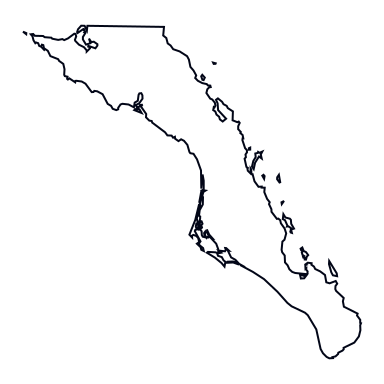 Baja California Sur, Albers equal-area conic projection
{"feature_id": "MEX-2707", "entity_name": "Baja California Sur", "entity_type": "State", "adm_level": 1, "iso_a3": "MEX", "parent_name": "Mexico", "parent_adm1": "", "projection": "albers", "projection_center": [-111.883, 25.437], "detail": "fine", "context": "isolated", "style": "outline", "palette": "ink", "viewbox_px": 384, "rotation_deg": 0, "n_neighbors": 0, "source": "natural_earth", "source_scale": "10m", "svg_char_len": 5930}
<svg xmlns="http://www.w3.org/2000/svg" viewBox="0 0 384 384"><path d="M87.4,25.8L164.0,26.9L163.2,35.5L166.3,38.0L167.7,43.4L170.6,45.5L173.2,49.2L179.6,51.4L187.1,56.2L188.9,59.6L190.4,66.9L193.5,70.5L196.2,75.4L195.2,78.0L197.9,80.8L202.3,83.1L206.8,84.1L207.8,85.4L210.3,85.6L210.7,87.1L209.2,87.3L207.3,89.3L206.4,93.0L210.2,98.6L212.3,99.5L214.9,102.8L215.4,105.7L214.5,107.4L213.8,107.0L213.2,110.1L215.3,111.5L216.5,114.6L219.1,116.7L219.9,119.4L222.7,121.5L226.1,118.7L218.1,110.1L217.6,103.3L216.0,99.8L217.9,98.4L222.1,101.8L223.5,104.2L226.7,105.9L227.8,108.1L232.9,111.4L232.6,120.3L237.4,122.2L238.7,121.6L239.7,122.9L238.2,126.2L238.2,129.2L240.8,132.0L240.3,133.0L242.6,135.0L243.3,138.4L242.6,138.4L242.4,140.1L245.1,148.2L246.8,150.0L247.0,152.3L245.5,154.5L245.9,157.2L244.6,158.7L246.4,166.9L248.6,168.5L247.3,168.0L247.8,170.7L251.4,174.3L252.6,174.2L254.5,181.3L258.5,186.8L261.7,186.6L261.6,187.6L264.7,187.7L264.3,192.1L267.1,198.9L269.7,202.2L269.0,204.1L271.4,209.2L271.5,211.8L276.9,218.9L278.3,218.6L280.2,220.2L280.9,223.3L284.6,228.5L286.2,233.4L284.5,239.7L282.4,241.6L281.6,249.8L282.2,252.3L284.7,255.5L285.0,262.4L287.6,265.3L289.4,269.3L292.2,271.9L295.2,273.0L306.2,274.1L303.6,275.8L299.9,274.3L300.9,278.5L304.2,278.3L307.4,274.1L307.6,271.4L306.2,269.6L306.3,268.3L305.5,268.9L305.3,265.1L306.4,264.7L305.7,264.2L307.8,262.7L311.6,263.2L311.4,264.7L314.0,266.6L315.2,269.0L320.2,271.4L325.0,275.0L326.3,282.3L329.6,283.3L335.7,281.0L337.2,283.7L335.5,286.0L335.3,289.1L336.1,290.9L343.7,298.0L342.9,301.3L343.9,306.7L357.6,313.6L357.0,315.5L360.2,319.8L360.2,322.9L361.0,323.2L360.2,325.2L360.4,330.2L358.9,336.4L354.3,342.6L343.6,347.8L343.7,349.3L342.5,350.6L338.3,352.7L338.1,354.0L335.5,356.4L332.5,357.1L332.9,358.1L329.3,358.3L326.6,356.9L323.0,353.3L320.6,349.0L316.3,329.4L307.8,315.2L305.0,312.7L291.6,306.3L287.4,302.9L277.4,291.7L264.0,279.1L252.9,271.9L240.1,265.0L245.1,267.2L239.1,263.8L235.4,259.8L231.1,257.4L227.7,250.3L228.8,250.5L226.2,248.1L225.2,248.0L225.8,250.0L225.0,251.3L218.9,250.6L221.3,252.7L218.3,253.3L218.2,249.1L216.2,243.7L210.7,237.8L212.5,238.3L209.2,234.6L206.8,229.4L208.0,234.4L209.3,235.6L208.0,236.5L209.3,237.8L207.6,236.9L206.6,238.1L205.8,237.1L204.8,233.8L205.6,232.9L205.2,231.6L204.1,233.1L204.8,237.2L202.7,236.7L201.8,235.0L201.6,231.2L200.0,229.4L202.0,227.6L201.2,225.1L202.5,223.8L201.6,221.3L200.8,221.1L199.3,224.7L200.1,227.1L198.8,229.4L197.9,228.2L198.3,225.7L197.6,224.2L199.0,223.2L200.1,218.8L200.2,216.5L199.0,215.7L199.7,210.1L202.8,204.5L203.0,197.1L202.3,195.9L203.2,192.6L202.5,192.5L205.5,190.6L202.4,190.1L203.7,189.2L203.7,180.7L202.6,174.5L201.3,188.6L201.0,170.4L197.0,159.3L193.5,153.8L190.3,153.2L189.4,151.9L187.4,144.9L184.0,140.8L181.1,139.3L178.5,141.1L175.1,138.7L174.9,136.8L173.1,137.7L171.6,135.6L167.4,135.4L165.1,132.3L152.2,122.6L151.7,121.0L149.3,120.6L146.0,117.3L146.2,114.0L141.3,107.0L141.5,105.5L142.7,104.7L140.1,105.0L139.7,106.5L138.3,106.8L138.4,107.9L137.1,107.8L135.8,105.1L139.2,103.3L142.5,98.7L142.4,95.3L141.3,93.2L139.4,93.4L138.6,94.8L137.8,100.8L134.7,102.6L133.9,107.3L128.6,104.5L122.4,103.8L120.5,104.5L118.2,107.8L118.2,109.3L116.3,110.1L112.7,108.8L111.1,105.9L107.7,103.9L102.6,94.2L97.2,91.3L94.3,90.9L93.5,92.0L91.7,92.1L85.5,83.7L81.7,81.5L76.4,80.8L75.4,80.9L75.2,82.3L69.4,78.4L67.9,79.5L67.1,78.8L67.5,76.7L64.8,76.1L64.2,74.8L64.5,69.2L63.3,63.9L59.1,60.9L58.2,59.2L50.4,56.1L47.8,50.8L45.0,48.9L44.2,49.9L42.4,48.0L44.0,48.3L43.3,45.1L41.9,44.7L41.1,46.7L39.2,45.9L38.2,43.2L36.1,42.5L35.3,43.2L33.5,40.3L32.5,36.3L30.8,34.3L33.2,34.0L34.8,35.8L43.1,36.0L44.7,37.2L51.4,37.7L52.2,38.7L58.2,39.9L62.4,39.1L64.2,40.1L68.0,38.4L74.3,33.7L75.5,33.9L76.2,36.4L74.9,39.9L75.3,40.9L79.0,44.7L84.0,47.2L86.7,50.4L86.7,51.6L90.0,48.3L90.2,47.4L88.2,46.6L88.4,45.9L95.4,48.3L97.4,45.6L97.4,44.2L93.8,41.7L91.3,42.1L89.0,38.6L90.4,43.2L86.0,44.6L82.9,39.4L82.9,37.0L85.4,33.0L84.3,32.4L85.2,31.5L83.9,30.3L84.2,29.3L83.4,29.0L77.6,33.0L77.1,32.1L78.0,29.3L81.2,25.7L84.6,25.8L86.9,30.5L87.4,25.8ZM199.3,245.0L203.1,248.1L203.8,251.0L201.3,249.8L200.6,247.2L196.9,243.7L199.2,242.0L198.1,237.9L196.2,235.9L193.3,234.9L192.0,235.7L192.1,237.5L189.4,234.7L195.2,220.1L199.0,204.7L200.0,204.0L200.3,207.0L196.8,218.3L197.8,222.9L196.3,223.7L195.8,226.7L196.9,229.5L195.3,229.9L194.8,231.1L200.5,241.4L199.1,243.3L199.3,245.0ZM221.8,257.1L223.6,260.4L225.4,261.8L224.5,266.6L221.5,263.0L214.9,257.6L206.9,252.7L207.9,251.9L215.3,252.3L216.9,252.8L218.0,255.8L221.8,257.1ZM282.8,219.1L283.4,214.2L285.4,217.5L289.9,218.7L290.9,219.9L291.2,223.8L294.0,228.6L290.8,229.7L291.1,228.2L288.3,226.3L287.0,226.5L287.4,225.6L285.0,220.2L282.8,219.1ZM260.8,154.5L261.7,158.5L259.0,156.5L255.1,162.7L253.7,169.1L252.0,166.5L253.3,161.0L255.7,157.1L255.3,153.5L257.8,152.9L258.1,151.9L259.5,152.8L262.3,151.6L260.8,154.5ZM329.2,261.0L336.7,273.3L337.1,276.2L332.9,275.3L331.3,272.3L329.0,264.1L329.2,261.0ZM306.0,252.1L308.2,255.1L306.8,256.6L306.0,259.6L304.7,259.5L304.6,257.7L303.4,257.7L303.0,256.6L304.0,255.9L302.5,254.9L301.8,252.4L303.0,251.2L301.2,250.3L300.6,248.7L302.3,247.5L303.7,251.0L306.0,252.1ZM279.5,182.5L277.1,179.2L277.2,177.3L278.9,174.8L280.2,182.2L279.5,182.5ZM135.4,109.1L139.5,109.4L141.6,113.0L134.3,110.1L135.4,109.1ZM202.4,79.8L201.2,76.3L202.3,74.8L204.8,77.6L203.6,80.1L202.4,79.8ZM233.1,261.5L236.2,262.4L239.0,264.6L233.2,262.5L226.6,262.8L227.5,261.7L233.1,261.5ZM199.3,202.0L201.6,189.8L201.2,199.1L200.2,203.0L199.3,202.0ZM262.3,175.7L263.5,174.8L264.6,176.1L264.1,178.9L262.3,175.7ZM281.5,202.3L284.0,201.0L281.8,204.1L281.5,202.3ZM213.7,63.9L213.1,62.6L215.7,63.3L215.5,63.8L213.7,63.9ZM23.0,31.7L26.3,33.1L26.2,34.2L23.0,31.7ZM248.9,148.2L250.2,147.6L250.2,149.6L248.9,149.7L248.9,148.2ZM290.4,231.8L291.4,231.0L291.9,232.9L290.7,232.5L290.4,231.8ZM250.6,168.5L251.2,169.4L251.3,171.5L250.6,170.5L250.6,168.5Z" fill="none" stroke="#020617" stroke-width="2"/></svg>